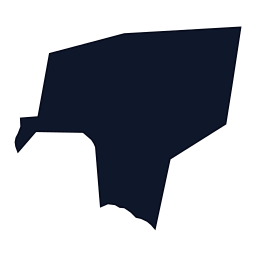 the district of São Gonçalo do Piauí, Piauí, Brazil
{"feature_id": "56859067B82195186929840", "entity_name": "São Gonçalo do Piauí", "entity_type": "district", "adm_level": 2, "iso_a3": "BRA", "parent_name": "Brazil", "parent_adm1": "Piauí", "projection": "orthographic", "projection_center": [-42.679, -6.018], "detail": "fine", "context": "isolated", "style": "filled", "palette": "ink", "viewbox_px": 256, "rotation_deg": 0, "n_neighbors": 0, "source": "geoboundaries", "source_scale": "gbopen_adm2", "svg_char_len": 516}
<svg xmlns="http://www.w3.org/2000/svg" viewBox="0 0 256 256"><path d="M90.3,43.0L49.7,53.7L40.3,105.5L38.2,117.0L20.7,118.3L21.1,126.7L18.4,133.7L16.2,137.9L15.4,142.1L16.0,146.4L18.0,151.9L35.8,131.3L83.2,132.1L91.7,139.4L94.1,143.1L95.8,146.9L100.7,206.6L107.8,203.5L115.2,204.4L119.8,207.1L124.5,207.5L131.1,212.0L136.2,217.1L141.2,218.2L147.3,221.1L151.3,224.4L155.0,228.7L169.9,158.9L225.6,123.9L231.7,85.6L240.6,27.3L161.0,31.9L124.2,34.0L90.3,43.0Z" fill="#0f172a" stroke="#020617" stroke-width="1.5"/></svg>